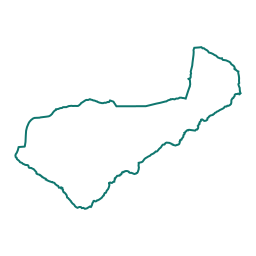 the district of Mocha, Tungurahua, Ecuador
{"feature_id": "8360857B45602957344517", "entity_name": "Mocha", "entity_type": "district", "adm_level": 2, "iso_a3": "ECU", "parent_name": "Ecuador", "parent_adm1": "Tungurahua", "projection": "mercator", "projection_center": [-78.688, -1.415], "detail": "fine", "context": "isolated", "style": "outline", "palette": "teal", "viewbox_px": 256, "rotation_deg": 0, "n_neighbors": 0, "source": "geoboundaries", "source_scale": "gbopen_adm2", "svg_char_len": 5836}
<svg xmlns="http://www.w3.org/2000/svg" viewBox="0 0 256 256"><path d="M15.4,155.7L15.6,156.2L15.6,156.9L16.0,157.5L16.6,157.7L17.0,159.1L19.2,160.9L20.1,162.2L22.0,162.9L23.0,163.9L23.7,164.1L25.3,164.9L27.5,165.1L28.0,165.3L28.4,165.7L28.7,167.2L29.2,167.8L31.4,168.0L32.5,168.7L33.6,169.1L36.3,172.1L36.5,172.9L36.4,173.4L36.6,173.7L38.1,174.4L39.6,174.7L39.8,174.8L39.9,175.2L41.0,175.7L41.2,176.1L41.7,176.3L42.2,176.8L42.3,177.2L43.4,177.5L44.2,178.2L44.8,178.4L45.7,178.7L46.0,179.1L45.9,179.6L46.6,179.7L47.2,180.4L47.6,180.5L49.6,181.4L49.9,181.4L51.6,182.1L52.3,182.0L52.5,182.3L53.0,182.5L53.3,182.5L54.2,182.8L54.7,183.2L55.4,184.3L56.1,184.7L57.0,185.5L57.5,185.6L58.2,186.0L58.5,186.9L58.8,187.2L59.0,187.7L60.4,187.6L60.9,187.4L61.5,187.4L62.2,187.9L61.7,188.5L62.1,188.6L62.7,189.2L62.8,189.3L62.6,189.5L62.6,189.8L62.9,190.3L63.3,191.7L63.7,192.3L64.2,192.3L65.6,193.7L65.9,194.3L66.3,194.6L66.8,195.8L67.1,197.5L67.5,197.7L68.2,198.1L69.0,199.2L69.4,199.4L70.3,200.6L71.0,201.2L71.2,201.6L71.2,201.9L72.0,202.8L72.5,203.5L73.8,204.4L74.4,205.1L75.1,206.3L76.4,207.3L77.5,207.8L79.3,207.0L80.3,207.0L81.2,207.3L81.8,208.1L83.5,207.9L84.9,208.8L86.8,208.4L89.9,206.5L90.9,207.0L91.3,206.6L91.3,206.1L92.0,205.0L92.4,203.2L92.6,203.0L93.5,201.4L93.5,201.1L94.0,200.8L94.4,200.9L95.0,201.3L95.7,201.4L96.2,201.2L96.7,200.8L97.0,200.4L97.7,200.4L98.0,200.1L99.2,199.6L101.8,197.7L102.9,196.1L103.8,195.5L103.9,195.3L103.8,195.0L104.7,193.1L105.7,192.8L106.0,192.6L106.7,190.7L108.1,189.1L108.5,188.2L109.0,186.8L109.4,185.1L109.3,184.4L109.0,183.7L109.0,183.0L109.7,182.6L110.3,182.5L111.0,182.9L111.3,182.8L111.7,182.9L112.2,182.8L113.0,182.0L114.3,181.7L114.4,180.3L114.6,179.8L114.8,179.7L114.9,179.1L115.1,178.8L114.8,178.3L115.3,177.8L115.8,177.6L117.1,175.9L117.7,175.9L118.3,175.6L119.0,175.7L119.7,175.6L120.1,174.8L120.7,174.7L120.8,174.3L121.4,174.1L121.7,173.2L122.2,172.3L122.7,172.3L123.2,171.8L123.5,171.8L123.7,172.0L123.9,171.8L124.7,171.5L124.8,171.3L126.0,171.0L127.4,171.1L128.7,171.6L128.9,171.8L129.0,172.3L129.9,172.8L130.6,172.9L131.4,172.8L134.3,174.0L136.0,173.6L136.5,173.0L137.2,172.9L137.4,172.7L137.9,171.6L138.7,169.2L138.7,168.1L138.9,167.8L138.9,167.3L138.5,165.7L138.7,165.0L138.6,164.0L138.8,163.7L138.7,162.8L141.5,162.2L142.6,161.6L144.6,158.9L145.6,158.1L146.4,157.7L148.3,156.5L150.1,155.7L150.8,154.8L152.3,154.0L153.7,153.4L154.3,152.7L154.9,152.4L155.6,151.5L156.2,151.6L157.2,151.3L159.3,148.7L160.9,147.4L162.1,145.4L163.0,144.6L164.5,144.5L164.7,144.3L165.0,143.6L165.8,142.9L166.6,142.6L169.6,142.9L170.6,143.5L171.7,143.8L172.4,144.6L173.1,144.6L173.4,145.0L175.6,145.5L176.9,144.9L177.6,144.9L178.1,144.6L178.7,144.4L179.3,143.8L179.8,142.3L179.8,142.1L179.6,141.7L180.0,141.0L180.0,140.4L180.6,140.4L180.9,139.6L181.4,139.3L181.6,139.4L181.7,139.2L181.8,138.9L182.0,138.5L183.3,136.8L183.4,135.2L184.3,134.3L184.5,133.9L184.3,132.9L185.0,132.7L185.6,131.5L186.2,131.3L187.1,130.3L187.5,130.1L188.3,130.3L188.6,129.9L189.1,129.8L195.1,130.6L195.7,130.0L196.1,129.8L196.5,129.4L197.2,129.5L197.9,128.6L198.2,127.8L198.2,126.2L197.9,125.9L198.6,125.1L198.8,124.2L199.5,124.0L199.6,123.9L199.5,122.6L199.7,122.1L200.7,121.3L200.9,120.8L201.0,119.8L201.2,119.6L202.0,119.4L202.4,119.5L203.7,120.6L204.4,120.9L205.8,120.7L206.4,120.4L207.3,119.7L207.4,118.3L207.6,118.0L208.6,117.4L208.9,116.6L209.4,116.4L210.1,115.7L210.5,115.5L212.9,114.9L213.2,114.3L213.9,114.1L215.0,112.8L216.1,112.4L216.9,111.6L218.3,111.1L219.7,110.1L222.7,108.7L223.9,107.9L224.5,107.0L225.1,106.5L226.6,106.5L227.2,105.8L227.5,105.7L228.1,105.8L228.5,105.8L229.7,105.2L230.9,104.1L231.3,102.8L231.4,100.1L232.3,98.6L232.5,98.3L233.1,98.2L233.4,97.9L233.5,97.4L234.5,96.3L234.7,94.9L234.9,94.6L235.7,94.1L237.2,94.0L238.2,93.6L238.8,93.7L239.2,94.3L239.5,94.3L240.6,93.2L240.2,92.6L239.8,90.3L239.7,88.2L239.6,87.5L239.2,86.9L238.5,84.8L238.4,84.1L239.2,83.1L239.0,80.9L239.1,78.0L238.8,75.6L238.2,72.8L238.4,71.5L237.4,71.1L235.9,69.9L235.6,69.8L235.6,69.5L234.5,69.1L234.4,68.8L234.7,68.5L234.8,68.1L234.2,66.5L233.2,65.5L231.4,64.3L230.3,62.6L229.5,61.9L226.2,60.4L225.2,60.2L222.9,59.9L221.9,58.8L221.9,58.3L220.7,58.4L219.6,58.2L218.3,57.6L217.9,57.5L216.1,55.7L215.6,55.4L214.6,55.1L213.2,54.1L211.3,53.2L208.8,52.5L208.0,51.2L206.9,50.2L205.3,49.4L203.8,48.2L202.5,48.3L201.5,47.2L201.0,47.2L199.6,47.4L194.3,47.8L193.5,50.1L193.7,51.9L193.5,55.0L192.5,62.7L192.2,65.7L190.7,71.7L191.1,73.5L190.9,74.1L190.6,74.5L190.7,75.8L190.7,77.1L190.5,77.7L190.1,78.2L188.5,78.9L188.6,79.1L189.3,79.4L189.9,80.0L190.2,84.3L189.7,86.5L189.8,86.7L189.5,87.1L188.0,91.4L185.7,98.6L183.8,98.1L182.5,98.0L181.4,97.7L179.6,97.7L178.6,98.3L177.8,98.6L177.4,98.6L176.7,98.5L176.1,98.6L174.8,99.3L174.3,99.3L172.6,99.0L171.8,99.2L170.8,99.2L170.8,99.5L168.1,100.3L166.3,101.4L165.3,101.5L160.3,102.8L156.4,103.6L145.8,106.2L116.5,106.3L115.7,105.3L115.4,104.6L114.4,103.3L114.0,102.5L113.6,101.9L113.1,101.5L112.0,101.2L111.4,100.9L110.6,100.7L110.3,100.5L109.9,100.5L109.6,101.3L109.2,101.9L108.3,102.1L107.6,102.0L105.8,102.8L104.4,102.7L103.3,103.1L101.8,103.1L99.4,102.6L97.4,101.8L96.9,101.3L96.2,101.3L94.7,100.6L93.1,100.4L92.5,100.0L90.4,99.5L90.0,99.2L89.8,99.2L88.8,99.7L88.0,100.0L86.6,99.9L85.6,100.2L82.3,102.4L81.1,103.1L80.6,103.9L79.2,105.2L78.1,105.9L76.9,106.0L75.5,105.9L72.8,106.0L71.5,105.8L68.7,106.1L68.2,106.4L67.7,106.5L66.5,107.1L63.9,107.1L62.8,107.3L62.2,107.8L61.9,108.0L60.4,108.1L59.2,108.5L58.6,108.9L58.0,109.0L56.0,109.3L56.0,109.9L55.0,110.4L53.8,111.5L52.7,112.9L52.1,113.9L50.5,115.4L48.8,116.3L46.2,116.7L40.5,117.4L39.4,117.7L34.6,117.9L33.2,118.4L31.2,119.9L29.5,121.8L28.7,123.1L27.0,127.1L26.1,130.8L25.8,135.4L25.5,142.0L24.8,146.3L24.6,146.6L19.1,147.0L18.9,147.2L18.6,147.2L17.8,150.3L16.8,152.7L15.7,154.3L15.4,155.7Z" fill="none" stroke="#0f766e" stroke-width="2"/></svg>